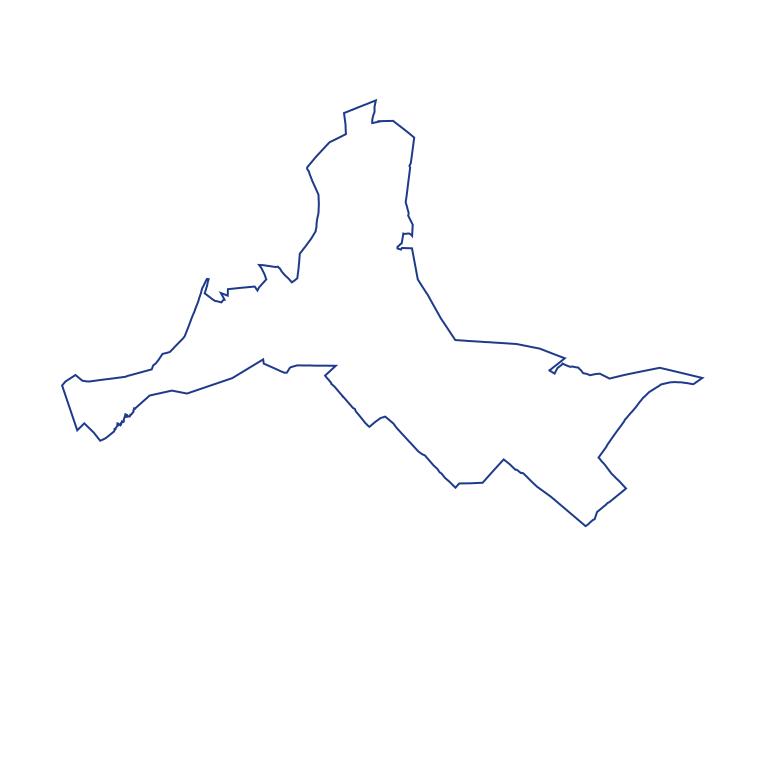 outline of Pantepec, Chiapas, Mexico, rotated 127°
{"feature_id": "50627088B73304631692388", "entity_name": "Pantepec", "entity_type": "district", "adm_level": 2, "iso_a3": "MEX", "parent_name": "Mexico", "parent_adm1": "Chiapas", "projection": "orthographic", "projection_center": [-93.053, 17.195], "detail": "fine", "context": "isolated", "style": "outline", "palette": "blue", "viewbox_px": 768, "rotation_deg": 127, "n_neighbors": 0, "source": "geoboundaries", "source_scale": "gbopen_adm2", "svg_char_len": 5794}
<svg xmlns="http://www.w3.org/2000/svg" viewBox="0 0 768 768"><g transform="rotate(127 384 384)"><path d="M169.0,508.2L168.6,518.3L168.4,535.1L176.6,545.5L176.6,545.1L182.7,550.4L181.8,551.2L181.2,551.6L180.9,551.8L178.8,553.0L178.4,553.2L175.7,554.3L175.1,554.5L174.4,554.7L173.7,554.8L172.1,555.5L168.5,558.3L162.4,561.2L178.8,571.2L191.7,579.0L199.9,570.9L203.9,567.7L206.6,565.4L207.3,564.8L212.9,567.5L223.8,573.0L234.3,574.1L244.0,575.1L257.1,575.7L257.6,575.5L258.5,574.8L259.5,571.8L261.2,569.6L263.7,565.5L265.1,563.3L267.9,558.1L268.1,557.9L268.8,556.5L269.4,555.4L270.6,553.2L272.3,550.2L279.9,544.0L282.7,542.1L283.2,541.8L285.4,540.2L287.8,538.7L290.5,537.6L291.7,537.0L293.1,536.3L295.6,534.9L296.8,534.2L299.1,532.5L303.5,530.5L303.5,530.4L305.0,530.3L309.8,529.8L312.4,529.6L316.3,529.6L322.0,529.5L324.1,529.6L327.8,529.6L330.6,529.7L338.2,524.8L340.1,523.7L341.4,522.9L342.4,522.2L351.5,517.0L351.7,516.9L351.8,516.9L356.2,518.0L356.8,518.3L357.7,518.6L358.3,518.8L357.4,523.0L357.2,524.2L356.8,528.5L355.7,533.6L355.2,534.5L354.3,537.3L354.5,537.6L354.1,539.3L355.9,541.1L357.9,544.8L361.7,551.8L364.1,555.4L365.2,551.7L368.2,545.6L371.3,541.0L382.0,541.9L385.5,541.3L384.0,545.9L393.9,556.8L402.2,565.7L407.5,562.0L409.5,569.0L412.7,562.0L413.7,562.9L416.7,563.0L418.5,567.4L419.3,568.9L419.6,571.8L419.5,575.4L419.5,581.8L416.2,582.9L413.9,583.8L412.3,584.3L408.6,586.1L405.8,587.1L406.6,588.6L409.2,588.3L411.7,587.7L414.3,587.2L417.0,586.8L419.4,585.9L419.5,585.8L421.5,584.9L426.0,583.5L429.9,582.0L437.2,580.0L439.5,579.2L446.0,577.6L456.7,574.4L460.5,573.4L465.8,571.9L468.4,571.9L474.4,572.7L481.3,573.6L482.2,573.6L484.6,574.0L485.9,574.1L487.5,574.4L489.6,576.0L492.7,578.5L493.3,579.0L493.8,579.0L495.3,578.9L497.5,578.7L498.8,578.7L499.9,578.6L500.3,578.6L500.5,578.6L504.8,578.6L508.0,579.5L509.5,579.1L512.1,578.3L532.1,593.8L533.8,594.8L545.3,606.5L546.3,607.6L549.8,611.2L556.9,618.4L559.3,620.8L561.1,623.4L562.9,627.0L562.5,635.8L573.7,639.9L578.9,640.2L605.6,601.1L595.8,599.7L597.5,586.4L599.3,579.7L600.1,576.5L599.8,576.3L595.7,574.1L594.2,573.5L584.3,571.0L583.1,571.3L582.3,572.1L581.5,571.4L581.1,571.8L580.5,571.7L578.3,571.8L578.0,571.9L576.7,572.0L576.6,572.7L576.2,572.8L575.9,573.1L575.6,572.5L575.9,572.2L576.1,571.6L575.8,571.7L575.6,570.5L574.8,570.5L575.4,569.7L574.7,569.6L574.4,569.7L571.7,570.7L571.7,569.8L570.9,569.2L570.1,569.4L570.0,569.9L568.6,570.6L565.3,571.6L563.8,572.4L563.7,572.3L564.0,571.9L564.8,571.0L565.3,570.0L565.1,569.9L563.6,570.7L563.4,570.6L563.4,570.4L563.5,569.9L564.2,568.9L562.8,567.5L562.5,567.7L561.5,567.9L561.2,568.1L560.7,567.5L557.8,567.4L556.8,567.4L556.5,567.5L555.8,568.3L555.4,568.3L553.7,568.9L553.5,567.9L552.6,567.9L534.2,564.2L516.9,549.4L510.2,535.6L470.6,508.7L437.1,495.3L440.1,492.3L437.0,479.1L435.7,473.1L434.8,470.0L433.3,468.4L428.0,468.9L427.1,468.7L426.9,468.7L421.4,464.6L416.3,457.6L413.1,453.4L412.9,452.9L405.9,443.5L403.8,440.7L398.5,433.5L404.0,434.5L412.8,436.1L413.5,433.3L414.0,430.7L414.6,428.2L414.7,427.7L414.8,427.0L415.3,426.3L415.6,426.2L415.9,421.8L417.8,413.5L418.6,409.5L418.9,409.4L419.0,409.0L418.9,407.9L419.6,404.7L420.2,401.9L420.7,399.7L420.8,398.9L421.8,394.5L421.5,392.1L422.8,390.1L423.3,387.9L423.8,385.8L424.5,382.9L426.4,375.5L426.7,373.0L426.8,372.9L427.0,369.9L425.4,369.5L425.0,369.4L421.4,368.6L419.3,368.1L413.2,366.2L409.3,363.4L409.9,352.7L410.8,349.8L411.5,347.3L413.3,337.6L413.3,337.4L414.4,331.5L414.9,328.8L414.9,328.6L416.5,319.8L416.9,317.8L417.2,316.0L417.1,311.1L416.4,308.5L419.2,295.4L419.7,290.2L421.0,286.5L420.9,284.2L422.3,278.7L422.6,273.5L423.8,264.5L418.2,264.1L410.8,254.6L403.5,245.8L386.5,244.4L372.2,243.0L372.4,235.5L373.4,227.5L372.6,226.4L372.6,224.5L372.7,221.1L371.6,219.8L371.6,218.7L372.0,214.9L373.1,207.6L373.9,200.0L373.6,182.5L374.7,163.2L376.2,137.5L375.4,137.2L373.8,136.6L372.2,136.4L367.1,135.4L365.2,134.4L358.0,136.8L351.8,135.3L349.2,134.8L346.9,134.0L345.1,134.0L344.4,133.8L343.5,133.3L342.2,132.8L321.8,127.8L319.9,138.3L319.7,141.1L319.2,144.2L318.6,148.6L315.5,159.3L314.6,164.3L313.8,167.1L313.6,168.4L300.5,168.6L298.9,169.0L288.7,169.4L280.9,169.6L275.8,169.6L269.7,169.7L267.4,170.1L265.8,169.9L258.2,169.5L257.3,169.3L250.7,168.9L244.0,169.0L243.0,168.8L242.9,168.8L239.1,168.8L237.7,168.4L231.0,167.4L223.8,164.7L220.1,163.2L217.5,162.4L217.4,162.3L210.6,156.6L207.5,153.0L206.2,151.0L203.6,147.4L203.5,147.2L203.1,146.3L200.8,142.3L200.0,140.7L199.9,140.6L198.3,137.2L197.4,136.6L187.6,133.4L191.6,142.6L196.3,153.5L199.9,161.7L202.0,166.5L205.1,173.5L208.9,176.9L215.5,182.8L226.0,192.1L231.8,197.2L239.1,203.2L243.9,207.1L245.9,217.9L248.9,221.2L253.0,224.7L253.9,228.2L255.5,231.5L254.5,235.0L254.4,237.0L253.9,238.6L254.9,240.3L255.8,242.1L256.5,243.9L258.1,245.4L258.8,247.4L259.8,251.3L260.2,253.7L261.8,253.6L263.0,254.0L264.2,254.3L265.5,254.7L266.4,255.0L267.2,255.0L268.1,254.9L269.1,254.7L270.5,254.5L273.0,254.0L273.7,260.0L273.2,260.2L272.6,259.7L268.0,258.6L264.5,257.6L254.6,255.1L256.7,262.1L258.8,269.5L262.0,280.9L264.4,285.8L267.8,292.9L272.3,302.2L275.2,306.6L278.1,311.1L281.2,315.8L284.0,320.0L286.9,324.5L289.9,328.9L292.8,333.4L295.7,337.8L298.8,342.4L301.6,346.8L306.0,353.5L304.1,359.0L301.2,367.1L297.4,378.0L294.1,385.5L291.9,390.5L288.6,398.0L286.3,403.0L286.3,403.3L285.2,406.4L283.3,411.6L280.1,420.0L271.5,429.4L258.8,443.3L264.0,450.7L264.7,451.6L266.4,451.3L267.4,454.0L267.5,454.1L267.6,454.9L266.5,455.7L266.0,455.8L265.3,455.4L262.1,455.0L261.1,454.5L252.2,459.1L251.9,458.0L249.0,455.0L248.7,454.3L248.4,452.5L248.8,450.7L239.5,456.9L235.0,466.0L233.9,466.4L232.2,467.6L230.1,470.5L228.9,471.9L225.8,476.1L220.8,478.8L214.7,482.3L208.5,485.9L195.5,493.3L194.4,495.0L191.5,495.5L183.1,500.2L169.0,508.2Z" fill="none" stroke="#1e3a8a" stroke-width="2"/></g></svg>